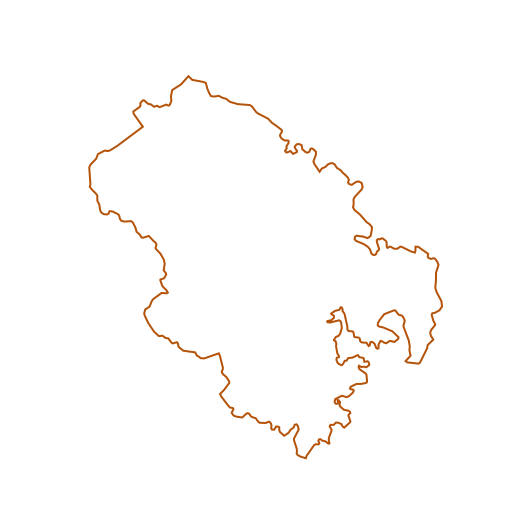 the Republic of Udmurt, rotated 316°
{"feature_id": "RUS-2387", "entity_name": "Udmurt", "entity_type": "Republic", "adm_level": 1, "iso_a3": "RUS", "parent_name": "Russia", "parent_adm1": "", "projection": "albers", "projection_center": [52.789, 57.2], "detail": "fine", "context": "isolated", "style": "outline", "palette": "amber", "viewbox_px": 512, "rotation_deg": 316, "n_neighbors": 0, "source": "natural_earth", "source_scale": "10m", "svg_char_len": 6126}
<svg xmlns="http://www.w3.org/2000/svg" viewBox="0 0 512 512"><g transform="rotate(316 256 256)"><path d="M381.3,374.1L379.2,375.6L378.7,377.0L379.8,379.7L382.1,380.8L382.9,382.5L382.4,386.0L381.1,389.2L373.8,393.1L368.5,398.6L363.3,403.0L361.9,405.1L360.7,408.0L358.0,417.3L354.8,421.5L350.3,422.5L345.5,421.2L343.0,419.7L341.5,420.3L338.6,425.8L337.5,429.5L336.9,430.1L330.5,430.9L328.4,431.9L327.2,433.3L326.4,435.0L325.4,439.3L317.6,439.3L314.9,441.3L299.9,446.6L298.2,446.4L290.9,437.6L290.6,435.5L297.9,435.1L301.0,430.2L303.7,428.0L307.2,422.9L312.9,409.6L313.8,408.4L317.6,406.3L318.7,404.5L319.6,401.1L319.3,399.7L317.8,397.3L318.4,391.9L317.4,390.9L307.8,386.9L300.2,388.0L296.9,389.1L295.5,390.3L295.3,391.0L295.6,392.3L297.9,395.8L301.8,405.0L302.1,413.4L300.8,414.4L295.9,414.0L293.4,410.1L289.0,409.2L288.0,407.4L287.3,404.5L286.5,403.6L282.5,404.9L280.0,407.5L278.9,407.1L278.6,405.7L280.4,401.3L280.0,399.1L279.3,397.8L278.5,397.4L275.5,399.4L274.5,399.0L275.2,395.1L272.3,392.0L271.7,390.6L272.0,389.2L273.3,387.5L273.2,386.0L270.7,383.0L270.6,382.3L273.0,378.7L273.1,377.3L270.6,374.5L270.4,373.6L270.9,372.1L272.7,370.2L279.5,359.1L280.1,355.5L281.2,354.6L281.9,352.4L281.1,351.7L278.7,352.6L274.7,350.4L270.1,349.6L269.8,350.6L270.4,352.0L270.5,353.3L269.0,354.6L265.6,354.5L262.1,352.4L261.4,353.1L262.9,355.2L271.1,360.0L271.5,361.7L270.9,363.2L267.7,367.4L262.5,370.4L259.8,370.8L257.4,369.7L253.8,370.5L253.5,370.9L254.0,372.7L252.7,375.1L251.0,376.4L247.0,382.3L246.1,385.7L245.3,386.3L243.6,385.4L242.5,385.8L241.3,387.3L240.5,389.6L240.6,391.3L241.8,394.1L243.8,394.1L247.0,393.0L248.4,394.2L251.6,393.5L254.7,396.1L260.3,397.9L260.5,398.5L260.0,400.5L262.5,404.0L260.5,407.4L263.2,409.3L263.1,411.0L261.9,413.0L258.1,412.7L256.6,410.4L254.7,409.2L253.9,406.5L252.7,407.1L251.9,408.9L251.9,410.0L253.3,416.7L252.9,418.2L248.9,423.3L247.8,423.9L246.3,423.4L242.6,420.9L239.5,417.9L233.3,415.8L231.5,416.7L231.7,417.8L233.0,419.4L232.8,420.8L230.6,421.6L225.6,421.4L223.2,420.5L220.7,416.2L213.7,414.0L211.4,415.3L210.7,416.9L210.9,418.0L212.2,418.9L213.4,418.3L214.5,416.4L215.2,416.9L215.0,419.5L212.4,421.4L212.0,423.3L212.4,427.6L214.9,431.3L215.4,433.1L214.7,434.5L212.6,434.5L211.5,435.1L209.0,440.6L208.1,441.0L200.2,440.7L199.9,438.7L200.7,436.2L199.0,432.5L197.5,431.3L194.6,431.5L192.3,429.2L190.7,429.7L189.6,433.5L189.1,434.1L182.0,437.5L180.2,439.3L178.8,441.7L178.2,441.8L177.6,440.8L177.2,437.7L175.4,434.8L175.1,432.5L174.0,431.7L172.4,432.3L171.5,434.7L170.9,435.0L169.7,434.6L168.4,433.0L166.5,432.4L153.9,434.8L151.3,436.1L148.5,430.8L147.7,427.7L148.1,426.2L149.7,425.1L151.5,422.8L155.0,415.6L156.3,413.8L166.2,410.5L168.1,407.0L168.2,405.2L166.6,404.3L164.1,405.5L160.1,405.0L156.8,405.8L151.4,404.9L151.0,399.3L151.7,397.4L153.8,395.3L153.7,394.7L152.1,392.6L148.5,393.6L146.9,392.0L147.2,390.5L149.3,388.8L150.3,387.1L150.6,385.1L150.3,384.2L146.9,382.8L142.8,378.5L142.5,376.6L143.1,372.4L141.2,369.0L141.0,368.0L141.5,364.8L140.9,363.3L139.4,362.7L133.9,362.6L130.3,357.9L129.2,355.6L129.1,353.9L129.7,351.8L133.2,350.6L133.7,349.8L133.6,349.1L132.1,347.0L132.0,345.2L133.4,333.0L134.2,330.3L139.4,330.2L148.4,328.8L149.7,327.4L150.6,322.4L150.2,318.8L150.4,316.5L151.6,314.9L153.0,314.7L154.5,313.5L160.7,302.7L161.6,300.2L147.6,293.7L145.1,290.9L145.1,289.2L144.3,286.6L145.3,283.1L137.9,273.6L137.2,267.6L139.0,264.9L139.3,263.1L135.3,261.0L135.0,259.4L135.7,254.3L134.0,252.2L133.4,248.5L130.5,246.1L130.1,239.7L131.9,229.5L134.4,222.0L135.6,219.7L139.1,217.5L144.2,218.5L149.8,216.0L152.2,215.6L162.5,217.0L165.8,220.8L167.1,221.1L167.7,218.9L167.8,212.5L170.3,207.0L170.9,206.5L174.4,208.2L178.6,206.9L179.3,205.7L179.6,202.2L185.0,198.1L187.2,194.5L188.9,187.8L188.9,181.3L189.5,180.2L191.9,179.0L192.6,178.2L193.0,176.5L192.7,173.7L192.8,167.1L187.6,164.5L186.5,163.1L187.3,159.9L186.9,155.6L189.0,151.8L190.5,147.1L190.6,145.2L190.3,144.1L185.1,139.7L183.6,137.0L183.8,135.1L185.7,131.7L185.8,130.1L183.6,124.1L181.8,122.0L179.3,123.1L177.8,122.7L175.7,120.4L174.9,117.6L175.5,115.1L178.9,110.3L180.2,106.1L183.9,102.2L184.2,99.0L184.1,94.2L184.5,90.8L186.8,89.3L197.6,76.4L200.5,75.3L208.6,75.0L213.1,72.9L220.1,75.0L220.9,75.5L222.0,77.3L224.2,78.6L232.5,80.4L264.4,84.4L266.6,69.9L267.0,68.3L268.2,66.8L275.8,68.0L277.6,67.4L278.9,65.7L282.7,65.4L283.6,66.3L284.1,71.6L285.7,73.9L286.3,77.8L289.2,79.2L289.9,81.7L290.6,82.2L296.7,84.8L297.3,86.8L297.9,87.3L299.3,87.3L303.0,85.5L305.6,82.2L311.0,78.4L321.4,80.5L332.3,79.7L332.5,85.0L339.3,94.6L340.1,96.7L337.1,102.1L335.4,106.6L334.7,109.7L336.5,112.1L340.5,115.0L341.9,119.2L343.7,122.1L344.2,126.3L344.8,127.9L348.5,134.2L356.4,143.1L357.0,145.7L356.1,152.3L356.4,154.6L360.1,165.8L360.0,171.3L361.1,176.7L362.0,183.3L361.0,184.6L357.4,185.6L356.5,186.8L356.0,189.1L356.8,192.7L359.3,195.2L359.2,196.2L357.7,197.4L354.1,198.3L352.7,200.0L350.3,200.4L349.8,200.7L349.7,202.4L350.1,203.0L353.7,204.4L353.6,208.3L357.6,209.6L358.5,209.0L359.0,205.6L359.7,204.3L362.6,203.9L364.0,204.6L365.2,206.2L365.8,208.2L363.5,211.3L363.8,215.3L364.6,217.3L366.7,218.1L369.8,216.7L370.9,217.5L371.4,219.0L371.5,222.7L369.4,224.8L363.0,227.8L361.9,230.3L360.3,239.6L364.1,238.8L367.9,240.2L371.0,240.0L374.2,241.1L375.7,242.6L376.2,245.0L375.4,248.6L376.5,253.4L376.2,255.3L376.6,260.4L376.5,263.6L375.7,265.7L373.3,267.0L373.0,268.6L373.4,269.9L374.4,271.4L379.0,272.1L381.1,273.2L381.9,274.2L382.7,277.0L380.7,280.4L378.2,281.5L367.9,282.1L365.5,283.0L362.1,286.7L359.6,288.4L358.9,290.9L358.9,292.7L359.6,298.2L359.1,308.4L359.8,312.2L359.4,316.0L356.1,318.7L352.3,321.2L348.7,320.7L346.0,315.4L345.4,315.2L342.5,311.3L340.5,310.9L338.6,312.4L338.5,314.7L341.7,322.0L342.8,326.7L342.6,330.5L340.9,333.9L340.7,335.2L341.1,336.6L342.0,337.7L343.7,338.0L346.1,336.9L348.7,337.0L349.7,336.0L352.6,330.0L353.9,328.5L355.7,328.7L356.4,329.9L358.7,330.6L359.3,331.3L359.9,335.3L359.5,336.8L356.4,340.3L356.2,341.5L358.8,342.2L359.4,343.1L360.4,346.7L362.6,348.9L366.3,349.5L367.1,350.5L370.6,360.2L372.6,363.9L374.2,363.1L377.2,360.1L378.2,361.1L379.1,362.2L381.3,374.1Z" fill="none" stroke="#b45309" stroke-width="2"/></g></svg>